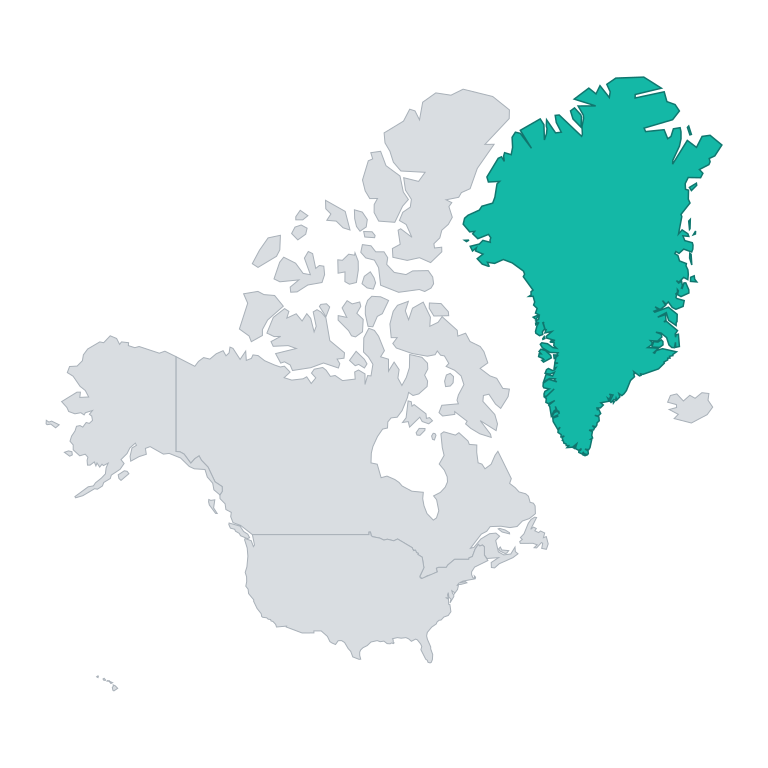 map of Greenland with Canada, United States of America and Iceland greyed out
{"feature_id": "GRL", "entity_name": "Greenland", "entity_type": "country or territory", "adm_level": 0, "iso_a3": "GRL", "parent_name": "North America", "parent_adm1": "", "projection": "mercator", "projection_center": [-41.68, 71.708], "detail": "fine", "context": "with_neighbors", "style": "filled", "palette": "teal", "viewbox_px": 768, "rotation_deg": 0, "n_neighbors": 3, "source": "natural_earth", "source_scale": "50m", "svg_char_len": 18317}
<svg xmlns="http://www.w3.org/2000/svg" viewBox="0 0 768 768"><path d="M252.4,534.6L240.6,525.4L233.0,522.6L230.7,516.6L231.3,512.4L225.9,509.5L225.1,503.8L220.0,498.6L219.9,494.9L222.3,491.3L222.2,486.6L215.0,481.8L208.1,467.2L201.4,460.2L199.1,455.9L194.9,458.6L190.8,463.2L184.1,454.1L180.0,451.8L175.9,451.5L175.9,356.6L194.8,366.3L198.5,361.4L203.6,357.6L209.9,359.1L216.2,353.8L223.1,350.7L226.0,355.8L229.1,352.9L230.0,347.1L233.0,348.4L240.1,359.4L245.7,351.1L246.3,360.4L251.4,358.4L253.0,354.9L258.1,355.6L264.6,360.7L274.5,365.0L280.3,367.0L284.4,366.2L290.1,372.1L284.1,377.7L291.8,380.1L303.1,378.8L306.7,376.8L311.2,383.5L315.8,377.9L311.5,373.1L314.2,369.2L322.7,367.5L326.1,370.2L330.4,376.4L335.1,375.5L342.5,380.6L355.2,379.1L354.7,372.0L358.5,370.0L365.0,373.9L365.0,384.5L367.6,375.6L371.0,375.9L372.9,364.3L368.4,356.9L363.5,352.0L363.8,337.9L368.8,328.3L374.4,330.4L378.6,336.3L384.4,350.7L380.6,356.8L388.5,359.2L388.5,371.2L394.1,362.1L399.1,369.6L397.9,378.1L401.9,385.5L406.3,377.5L409.4,367.7L409.7,354.5L421.9,357.3L427.5,363.2L427.8,369.0L424.6,375.1L427.6,381.1L427.1,386.5L418.8,393.9L413.0,395.5L408.6,392.4L407.4,397.6L402.1,410.6L397.2,417.2L391.1,417.9L387.8,421.9L387.5,428.0L382.6,429.1L377.5,436.5L372.9,446.5L371.3,453.2L371.0,462.9L377.2,464.2L381.1,477.7L387.0,476.1L394.8,479.5L399.0,482.4L402.1,486.0L411.8,491.2L423.3,492.3L422.7,498.7L424.0,505.8L427.0,513.6L433.3,520.1L436.5,517.9L438.8,510.8L436.6,499.7L433.6,495.9L440.4,492.4L445.2,487.2L447.5,481.9L447.2,476.8L444.3,470.1L439.2,464.0L444.1,455.4L442.3,447.7L440.9,433.9L443.8,431.8L455.4,435.1L458.9,432.7L468.0,441.0L469.3,444.4L476.8,445.0L476.7,452.3L478.1,462.8L481.9,464.1L485.0,468.8L491.1,464.3L495.1,455.2L497.9,451.3L511.3,478.6L509.6,483.4L515.2,487.7L519.0,491.9L525.7,493.8L528.4,496.2L530.1,502.3L533.4,503.2L535.1,505.9L535.4,513.7L529.3,518.6L522.4,521.0L517.1,526.5L509.9,527.6L500.9,526.2L490.2,526.6L486.7,531.3L481.3,534.1L470.4,548.3L474.0,547.3L480.8,539.0L489.6,533.7L495.9,533.1L499.6,536.2L495.7,540.5L498.4,551.9L503.8,554.9L510.8,554.0L515.0,547.1L515.3,551.6L518.0,553.8L512.8,557.7L499.3,563.7L494.6,567.9L491.4,567.5L491.2,562.5L498.6,557.6L487.1,558.5L484.4,555.1L484.4,546.8L482.5,545.0L479.7,546.0L478.3,544.4L475.1,549.1L472.3,556.6L469.1,557.8L468.7,559.3L454.6,559.3L447.7,565.1L446.3,567.4L438.3,567.4L436.4,568.3L437.4,571.8L431.9,574.7L427.5,575.6L422.6,578.6L419.7,576.9L423.9,567.7L422.2,557.2L417.8,554.4L418.3,553.3L416.5,552.6L415.5,550.2L413.5,550.6L413.8,550.0L412.8,549.4L412.4,547.8L397.6,539.0L393.8,540.8L387.3,539.2L383.9,540.1L379.8,538.1L372.5,536.7L371.2,535.6L370.5,532.1L369.0,532.1L369.0,534.6L252.4,534.6ZM416.1,432.7L419.2,428.4L425.0,428.5L424.9,430.3L420.0,435.3L417.0,435.1L416.1,432.7ZM433.9,316.0L429.2,308.3L429.4,303.0L441.1,303.6L448.3,311.7L448.7,315.7L433.9,316.0ZM431.6,436.0L433.2,433.3L434.9,433.5L436.0,435.3L434.4,440.0L432.5,439.3L431.6,436.0ZM375.6,282.9L373.3,289.1L367.1,287.9L362.0,283.7L364.3,276.3L370.3,271.8L374.0,277.7L375.6,282.9ZM374.6,237.7L364.8,237.0L363.7,231.5L372.1,231.8L375.1,235.5L374.6,237.7ZM362.3,212.1L367.3,219.5L366.2,227.0L360.0,231.2L356.5,226.5L354.7,218.7L354.4,209.8L362.3,212.1ZM398.6,292.3L380.6,285.2L378.6,267.7L374.4,260.1L365.7,257.9L360.8,252.3L362.4,244.6L371.0,245.8L375.7,251.8L384.0,251.8L387.7,257.7L386.7,264.4L394.2,272.4L406.0,274.6L412.7,270.9L428.2,270.6L432.7,277.0L433.6,283.8L431.0,288.1L424.7,291.5L419.3,289.5L398.6,292.3ZM301.2,225.0L307.1,228.2L305.7,234.2L297.8,239.9L291.6,233.5L295.0,227.1L301.2,225.0ZM300.2,210.3L307.9,215.7L302.8,219.8L295.8,219.8L295.8,216.7L300.2,210.3ZM536.6,517.5L530.7,529.3L533.5,527.1L536.3,528.5L534.8,530.8L538.6,532.6L540.5,531.0L544.7,533.0L543.4,537.7L546.3,536.6L548.2,543.9L546.4,549.3L541.7,548.4L542.7,543.3L541.5,542.5L536.6,547.9L534.1,547.7L537.1,544.8L533.0,543.3L520.3,543.4L519.7,541.6L522.3,539.4L520.4,537.6L524.0,533.8L528.3,523.3L531.0,519.5L534.6,517.2L536.6,517.5ZM414.1,404.6L426.0,413.8L426.4,418.4L429.5,417.6L432.5,420.8L428.7,423.8L422.2,421.5L419.8,417.2L409.6,427.1L408.2,421.6L402.5,422.5L406.1,417.8L408.1,400.9L411.2,401.7L412.0,406.2L414.1,404.6ZM438.1,322.3L442.1,316.7L457.2,330.3L457.8,336.1L465.6,333.2L470.0,341.5L480.2,346.5L483.9,351.6L487.8,362.9L480.1,368.4L490.0,375.9L496.7,378.3L502.8,388.4L509.4,389.1L508.1,396.6L500.7,408.4L495.5,404.1L488.9,394.2L483.4,395.5L482.9,401.4L494.8,414.5L497.5,423.9L496.1,430.6L480.2,420.6L490.5,434.2L491.2,437.4L479.8,433.8L470.8,428.4L465.6,423.9L467.1,421.2L454.7,411.6L454.8,414.4L442.6,416.0L439.0,412.6L441.8,405.3L458.4,403.8L457.0,400.2L458.4,395.0L463.9,384.6L461.1,375.9L454.7,370.3L446.1,366.4L448.8,363.4L444.4,355.9L440.6,355.2L437.3,351.0L435.1,354.7L427.4,356.2L412.1,353.5L396.3,348.0L392.8,343.5L397.2,337.6L391.2,337.6L389.9,324.0L393.2,311.3L397.5,305.3L408.4,301.3L405.3,310.9L408.6,319.8L412.5,308.2L423.2,302.1L430.4,317.2L429.8,326.3L438.1,322.3ZM371.8,296.3L380.6,296.8L388.6,300.5L382.3,313.7L377.3,316.4L372.8,326.8L368.0,326.3L365.3,314.0L365.4,306.8L367.6,300.4L371.8,296.3ZM252.3,263.7L259.5,250.2L268.1,237.9L280.4,235.3L279.8,249.9L276.5,256.3L258.0,267.4L252.3,263.7ZM210.8,500.4L214.8,499.8L213.6,507.9L217.2,513.5L215.6,513.4L209.3,504.9L208.6,501.8L208.8,499.5L210.8,500.4ZM325.5,200.3L345.2,211.4L350.0,230.0L343.1,227.8L336.2,221.1L326.8,220.3L330.9,214.0L325.8,208.8L325.5,200.3ZM249.6,537.7L247.4,538.6L240.5,535.7L239.3,533.4L235.5,531.2L234.7,529.3L230.4,528.1L228.8,524.5L229.1,523.0L240.1,526.2L243.6,531.5L247.8,534.2L249.6,537.7ZM257.9,291.4L263.9,294.6L274.6,295.5L283.3,306.2L267.6,320.0L262.4,329.6L262.4,335.5L251.3,341.7L249.1,336.0L239.4,329.0L247.7,303.2L243.6,293.8L257.9,291.4ZM315.7,268.4L319.4,265.5L323.8,266.2L324.6,274.6L322.0,282.5L307.8,285.0L297.1,291.9L290.7,292.2L290.2,287.1L298.9,279.9L279.9,281.8L274.0,278.9L279.7,262.2L283.7,257.2L295.6,263.2L303.1,273.4L310.4,274.7L304.4,258.1L308.3,251.5L312.6,253.6L315.7,268.4ZM321.1,312.1L325.9,317.8L329.8,340.6L344.5,352.8L344.0,358.2L337.1,359.1L339.8,363.7L338.4,368.0L323.5,363.0L310.7,367.7L292.5,370.5L290.2,365.0L284.5,361.8L280.7,363.1L275.6,353.6L296.3,348.5L288.2,345.6L273.2,346.3L271.0,341.6L280.7,336.4L274.2,336.6L266.9,333.1L273.3,317.4L284.6,308.6L288.9,311.4L286.8,318.1L296.2,313.8L302.1,321.0L306.8,313.7L310.7,318.4L314.1,331.9L316.2,326.3L313.2,311.9L317.0,309.7L321.1,312.1ZM346.8,317.4L342.1,307.9L347.1,300.7L352.2,303.9L359.7,302.0L360.8,306.3L356.8,313.3L363.2,319.4L362.5,331.8L355.5,336.9L351.5,335.8L348.6,330.7L338.1,320.1L338.2,315.6L346.8,317.4ZM320.8,304.4L326.5,303.8L329.7,307.0L326.0,316.6L319.4,306.4L320.8,304.4ZM355.0,252.8L358.2,261.2L358.3,270.1L356.4,282.5L349.4,284.2L344.9,281.6L345.0,271.9L338.1,273.2L337.8,259.8L342.4,260.3L348.7,254.2L354.6,255.2L355.0,252.8ZM362.5,180.0L368.3,160.8L372.7,158.9L370.8,152.7L380.6,151.3L386.0,165.7L400.0,176.0L403.3,192.0L408.4,199.5L402.6,206.1L394.8,222.3L378.7,221.1L374.1,212.5L374.2,204.5L377.5,198.5L369.8,198.6L365.2,190.9L362.5,180.0ZM384.1,132.9L403.5,121.1L409.7,109.2L415.0,110.9L419.5,119.9L422.7,102.2L435.8,92.9L451.0,95.2L463.1,89.2L492.7,96.5L509.4,109.9L509.2,118.6L484.9,144.4L494.1,144.3L477.3,168.4L470.1,188.7L461.4,192.6L458.7,197.3L446.0,199.8L451.8,202.6L448.9,206.6L452.3,217.3L448.3,224.4L441.8,230.2L439.8,237.9L433.9,243.7L434.5,248.0L441.7,247.2L441.8,251.8L430.6,262.6L419.5,257.7L407.2,260.4L392.9,257.3L392.4,248.5L400.2,244.3L398.1,230.2L400.7,228.8L411.9,237.3L406.2,224.5L399.4,220.5L402.8,212.3L410.3,207.1L411.4,199.3L405.5,190.2L403.7,177.7L418.6,181.4L425.1,172.3L400.9,171.0L393.4,162.2L389.9,151.2L385.0,142.9L384.1,132.9ZM453.1,382.8L450.3,386.0L445.6,386.6L444.6,381.2L446.4,375.0L450.2,373.4L453.5,376.5L453.1,382.8ZM364.4,359.3L367.0,363.9L364.4,368.0L358.7,364.4L355.2,365.7L349.5,360.4L356.1,351.3L364.4,359.3ZM498.2,528.9L499.6,528.4L505.2,530.0L509.5,532.7L509.6,533.9L502.1,532.0L498.2,528.9ZM500.3,547.0L501.8,550.0L508.7,550.6L506.7,553.1L505.1,553.5L499.7,550.9L498.7,548.9L500.3,547.0Z" fill="#d9dde1" stroke="#a8b0b8" stroke-width="1"/><path d="M252.4,534.6L369.0,534.6L369.0,532.1L370.5,532.1L371.2,535.6L372.5,536.7L379.8,538.1L383.9,540.1L387.3,539.2L393.8,540.8L397.6,539.0L412.4,547.8L412.8,549.4L413.8,550.0L413.5,550.6L415.5,550.2L416.5,552.6L418.3,553.3L417.8,554.4L422.2,557.2L423.9,567.7L419.8,576.3L420.2,577.7L421.6,578.6L437.4,571.8L436.4,568.3L438.3,567.4L446.3,567.4L447.7,565.1L454.6,559.3L468.7,559.3L469.1,557.8L472.3,556.6L475.1,549.1L478.3,544.4L479.7,546.0L482.5,545.0L484.4,546.8L484.4,555.1L487.9,560.5L474.6,567.1L471.6,571.8L471.6,574.8L473.0,577.9L474.7,578.0L474.3,575.9L475.6,577.2L475.2,578.8L462.9,581.1L459.4,582.8L465.6,581.7L466.9,582.8L461.0,584.4L458.3,584.5L458.4,583.8L457.1,585.3L458.4,585.6L457.5,589.5L454.4,593.7L454.1,592.3L451.8,590.7L452.6,593.6L453.7,594.6L453.8,596.6L450.0,602.9L451.0,599.1L448.8,597.1L448.3,592.6L447.5,594.9L448.4,598.3L445.6,597.5L448.5,599.2L448.7,604.3L449.9,604.6L450.9,611.7L448.2,615.5L443.9,617.0L441.1,620.0L439.0,620.3L436.9,622.2L436.3,623.9L431.7,627.1L427.3,632.4L426.6,635.9L427.4,639.3L430.7,646.9L430.7,648.9L432.7,654.5L432.4,659.5L431.3,662.3L430.1,662.9L428.0,662.3L427.3,660.3L425.7,659.2L420.9,649.7L421.8,646.5L420.6,643.9L417.3,639.8L415.6,639.1L411.4,641.3L408.6,638.8L405.9,637.6L401.2,638.2L397.4,637.6L392.5,638.7L393.2,640.0L393.2,642.0L394.1,642.9L393.3,643.6L391.7,642.9L390.1,643.8L387.1,643.6L383.9,641.1L380.2,641.7L377.2,640.6L371.0,642.0L367.2,645.6L363.0,647.7L360.7,649.9L359.7,652.1L359.7,655.4L360.7,659.2L359.0,659.3L352.8,656.9L350.7,651.3L348.2,648.6L344.6,642.5L341.6,640.6L338.2,640.7L335.5,644.5L332.0,643.0L329.9,641.6L327.4,636.4L321.2,630.9L313.9,630.9L313.9,632.9L302.2,633.0L286.2,627.0L286.6,626.1L276.5,627.0L275.7,624.4L273.0,621.5L271.0,620.9L270.6,619.5L268.2,619.2L266.7,617.8L262.8,617.3L261.7,616.5L261.2,613.7L257.1,608.5L253.6,601.2L253.8,599.9L248.6,593.6L248.1,589.2L245.8,586.2L246.7,581.6L246.6,576.8L245.2,572.4L246.9,566.9L247.9,556.2L247.2,548.0L244.6,539.8L245.1,538.5L251.2,540.7L253.4,546.6L254.5,545.0L252.4,534.6ZM175.9,356.6L175.9,451.5L180.0,451.8L184.1,454.1L190.8,463.2L194.9,458.6L199.1,455.9L201.4,460.2L208.1,467.2L215.0,481.8L222.2,486.6L222.3,491.3L219.9,494.9L213.9,489.8L212.7,483.2L207.3,477.0L205.0,469.5L194.3,468.8L189.3,466.5L180.6,458.0L169.2,453.4L163.4,454.1L150.1,446.6L145.4,448.4L146.3,454.3L139.1,456.6L130.7,461.2L130.1,456.3L132.0,448.0L136.5,445.3L135.3,443.1L129.9,447.9L127.0,453.6L121.0,459.6L124.1,463.5L120.1,469.3L111.3,475.1L110.3,478.5L103.7,482.5L102.4,486.0L97.4,489.2L94.6,488.7L82.8,495.7L75.6,497.8L74.9,496.6L88.2,486.8L93.4,485.9L95.5,482.8L101.3,478.2L105.4,473.9L106.1,467.9L108.2,463.1L103.4,465.6L102.0,464.2L99.7,467.1L97.0,463.0L95.9,465.9L94.3,461.9L90.1,465.1L87.5,465.1L87.1,460.3L87.9,457.2L85.2,454.2L79.7,455.8L73.2,449.8L73.2,444.9L70.0,441.2L71.6,436.1L75.0,431.0L76.5,426.3L80.0,425.6L82.8,427.1L86.2,422.5L89.3,423.4L92.5,420.4L91.7,416.0L89.4,414.3L92.5,410.5L85.4,412.7L84.1,414.9L80.8,412.7L74.9,413.8L68.7,411.5L66.9,407.5L61.6,401.6L76.9,392.2L80.4,392.2L79.8,397.4L88.7,397.0L85.3,390.5L80.1,386.4L73.1,376.2L67.3,372.6L69.6,366.5L77.1,366.1L82.4,360.7L83.4,354.8L87.7,349.0L99.8,341.9L103.7,342.7L110.2,335.8L116.6,338.5L119.6,344.4L121.5,341.9L128.6,342.7L128.3,345.6L134.8,347.7L139.1,346.5L159.3,353.2L164.9,351.2L175.9,356.6ZM46.3,420.3L48.9,422.1L51.6,421.1L59.2,424.8L55.6,427.8L50.8,424.1L47.1,424.7L46.1,423.8L46.3,420.3ZM115.1,685.7L117.7,688.3L113.9,690.9L112.9,690.3L112.3,687.4L113.3,686.2L113.2,684.9L115.1,685.7ZM112.6,682.7L110.9,683.5L109.6,681.9L110.0,681.5L112.6,682.7ZM109.4,680.8L109.3,681.3L107.0,681.1L107.4,680.6L109.4,680.8ZM104.1,678.3L105.7,680.1L105.4,680.4L103.7,680.2L103.0,679.0L104.1,678.3ZM98.4,676.1L98.0,677.6L96.6,676.8L97.5,676.0L98.4,676.1ZM68.5,450.9L71.9,451.7L72.3,454.9L69.7,456.2L64.4,452.3L68.5,450.9ZM124.3,470.8L127.1,471.3L128.9,473.7L121.0,480.4L118.9,478.4L118.2,474.8L124.3,470.8Z" fill="#d9dde1" stroke="#a8b0b8" stroke-width="1"/><path d="M708.9,393.5L708.0,400.2L712.7,407.1L707.2,414.6L691.4,423.0L674.1,418.6L678.3,414.3L669.1,409.5L676.6,407.5L676.4,404.6L667.6,402.2L670.4,395.5L676.8,393.9L683.4,401.0L689.8,395.3L695.1,398.3L701.9,392.7L708.9,393.5Z" fill="#d9dde1" stroke="#a8b0b8" stroke-width="1"/><path d="M643.8,77.1L661.4,88.2L635.2,94.5L635.1,98.0L664.2,91.8L666.9,101.6L675.1,104.6L679.4,111.0L672.6,119.7L644.1,128.1L645.6,131.6L664.1,129.7L667.7,138.7L671.0,136.5L673.4,128.8L680.1,127.7L681.0,131.8L681.0,138.8L679.4,146.2L672.8,160.3L672.6,164.2L687.3,140.4L696.5,147.4L702.1,136.4L710.1,135.3L721.9,145.0L714.8,155.9L709.2,158.5L710.1,161.8L708.9,164.6L699.4,169.5L702.9,173.3L700.6,177.7L688.2,177.5L685.2,183.6L685.5,189.3L688.5,190.2L688.3,199.2L690.0,203.0L681.0,214.4L681.8,216.6L678.5,234.0L682.1,229.9L687.9,233.8L688.8,236.4L682.9,235.8L684.8,240.6L692.3,242.7L693.0,245.1L692.8,249.1L691.7,252.0L683.7,249.1L679.0,253.4L675.9,251.5L674.8,253.6L677.9,255.5L679.5,260.9L686.4,263.6L686.0,265.8L687.9,269.9L688.3,274.4L687.8,279.6L683.7,277.4L678.8,282.2L676.4,280.6L678.6,283.1L681.6,281.3L682.4,285.7L681.4,288.1L682.2,288.4L684.0,282.9L685.8,282.9L688.8,289.8L688.9,293.0L681.0,296.6L677.5,294.6L678.4,290.8L677.4,289.5L677.5,292.3L675.9,293.9L676.5,295.2L675.9,297.4L676.8,298.5L684.2,300.6L683.1,306.4L675.9,309.3L672.2,307.4L668.3,301.9L666.1,304.3L662.5,300.6L665.6,305.3L660.2,309.5L655.1,306.8L658.2,309.6L653.9,311.2L654.8,312.2L668.4,307.2L677.2,314.3L677.0,321.7L676.2,322.4L676.1,325.5L668.6,320.3L666.3,312.6L657.7,317.2L665.5,314.6L666.0,320.2L663.9,321.8L666.5,321.4L677.5,330.6L675.2,333.9L675.3,335.5L675.6,337.2L676.1,334.8L678.4,334.2L679.4,346.5L675.7,347.3L675.5,342.3L674.4,347.7L671.8,347.5L669.0,345.0L666.6,337.6L661.0,333.0L655.9,332.2L661.2,334.2L661.9,337.0L657.5,341.1L650.4,340.6L652.2,342.5L651.5,344.9L647.6,347.6L658.4,348.2L653.6,352.7L654.7,353.2L656.2,350.6L662.5,348.7L676.5,351.8L672.8,354.5L672.9,355.6L669.5,356.3L670.0,358.1L667.7,358.2L667.7,359.9L663.9,362.1L664.3,363.2L658.5,368.9L642.8,374.4L640.6,373.8L641.1,375.3L639.5,375.9L633.8,371.7L634.5,373.7L633.7,374.2L634.5,376.7L630.5,380.5L626.4,390.6L624.1,393.7L621.8,395.6L618.9,393.6L619.9,396.8L616.8,400.0L616.1,398.1L615.6,400.4L613.9,399.5L611.0,402.4L609.9,401.2L613.0,395.0L609.3,394.2L611.0,395.5L609.3,399.2L607.7,398.1L609.1,401.2L600.8,402.8L603.3,405.0L600.4,407.9L596.9,408.0L597.4,409.7L598.7,409.2L600.7,413.5L598.2,416.0L594.8,415.3L598.9,416.9L599.2,420.8L597.1,422.8L596.8,425.1L595.6,427.0L592.3,425.7L594.6,427.9L593.5,430.0L589.1,430.2L592.4,431.6L591.7,435.4L592.6,438.0L590.6,439.3L591.7,439.6L590.0,447.6L588.7,449.7L585.0,449.1L588.0,450.8L588.3,453.6L587.5,454.7L584.8,453.9L586.1,455.3L585.0,455.7L582.9,454.8L583.7,451.8L582.1,454.0L578.8,452.4L578.9,451.0L580.5,450.3L581.4,448.5L578.8,450.4L576.0,448.9L575.6,447.5L576.8,443.7L572.5,447.2L567.0,447.6L568.7,445.6L566.2,445.5L566.0,443.9L563.9,443.2L563.4,441.0L562.3,440.4L562.8,439.6L562.0,437.7L564.3,436.0L560.9,436.8L561.2,434.6L558.0,432.5L558.1,430.2L560.2,427.2L557.7,429.3L553.2,421.6L552.8,418.1L558.3,416.1L557.3,416.2L557.5,415.1L552.9,417.2L552.2,416.2L554.2,412.7L556.5,411.6L557.9,411.5L559.3,413.8L558.8,411.3L557.2,410.7L555.3,406.4L556.3,410.4L554.2,412.1L554.6,410.5L554.1,410.8L551.3,416.1L549.8,406.8L548.7,405.1L554.8,400.5L548.6,403.7L545.9,402.4L546.3,398.5L545.1,397.7L554.2,388.9L546.6,396.1L544.1,396.6L544.0,393.9L544.9,391.4L549.3,388.9L543.8,387.8L543.0,386.2L543.3,383.1L548.8,379.3L556.8,381.9L554.4,380.1L555.3,378.8L549.5,378.5L543.6,381.7L546.1,374.3L552.6,376.0L554.4,372.3L550.1,374.1L545.1,373.3L546.5,369.7L548.4,368.5L552.5,370.5L554.6,369.8L556.0,367.6L554.1,368.2L554.8,363.6L558.1,363.1L554.8,362.7L556.0,357.2L557.9,355.6L557.2,353.9L558.0,352.8L549.9,352.4L542.4,347.8L540.3,344.3L541.8,342.8L547.5,343.7L552.9,347.6L556.5,348.2L553.8,345.7L554.1,342.4L551.9,340.3L555.1,340.5L546.7,338.1L546.2,336.4L551.9,331.5L544.9,332.9L546.1,329.8L545.3,330.0L543.3,323.2L544.0,322.2L542.8,322.8L544.8,328.6L542.4,331.8L542.7,334.5L539.6,335.7L535.8,333.2L535.5,331.4L537.0,325.7L539.0,322.3L535.8,324.7L535.6,323.1L537.0,322.3L535.7,320.9L538.6,319.3L539.4,315.0L535.5,313.1L537.1,308.4L533.6,305.0L534.7,302.0L533.1,296.3L528.9,296.4L531.1,294.9L531.0,291.7L533.0,290.1L523.3,276.7L524.6,274.2L523.5,271.1L512.2,262.9L503.3,259.5L494.6,263.4L487.4,262.3L489.1,266.1L488.4,266.3L482.2,264.1L477.2,258.7L483.0,254.1L475.5,250.9L476.4,247.8L472.5,251.0L470.2,246.3L479.4,244.0L482.9,240.4L490.3,242.3L490.0,240.2L490.8,237.8L488.5,234.4L477.8,238.7L472.7,233.8L474.6,231.4L469.7,231.9L463.2,224.2L464.6,218.2L468.1,215.2L479.3,210.1L481.9,206.2L492.7,203.1L494.9,197.2L497.0,183.9L499.6,181.4L488.4,182.0L486.9,177.0L498.2,158.3L501.5,156.8L504.3,161.4L503.6,156.1L504.6,152.7L511.2,154.7L512.6,147.4L512.1,137.3L515.4,132.2L520.2,133.3L531.5,148.3L520.3,130.3L540.2,118.9L543.9,124.7L544.4,140.0L546.5,133.6L547.0,128.6L546.3,126.1L546.6,119.8L555.6,132.9L561.3,132.2L556.3,122.5L555.2,115.4L559.2,115.0L581.6,136.3L582.4,134.3L582.0,126.6L583.6,118.4L583.3,115.0L578.1,106.0L595.7,105.9L574.2,99.1L588.8,88.1L596.0,93.9L600.0,85.7L609.3,97.5L610.2,91.8L606.8,84.3L615.8,78.1L643.8,77.1ZM545.5,350.6L550.7,355.5L551.3,357.9L543.5,362.1L541.7,360.3L543.9,359.6L543.2,358.7L538.6,356.6L539.2,353.7L541.1,353.8L539.0,351.5L540.9,349.2L545.5,350.6ZM662.9,341.5L663.0,344.9L659.6,347.4L651.9,347.0L653.7,341.6L657.9,342.1L661.3,339.9L662.9,341.5ZM581.0,127.2L573.0,119.0L570.5,110.9L574.5,107.9L580.8,114.8L581.5,117.3L581.0,127.2ZM696.7,185.3L691.4,190.6L689.4,187.4L696.4,183.2L696.7,185.3ZM694.2,275.8L694.7,279.2L696.8,281.9L690.5,281.4L690.6,277.3L694.2,275.8ZM691.8,265.0L689.6,258.1L689.8,253.3L691.1,254.3L691.8,265.0ZM538.2,316.2L535.9,319.4L533.2,317.2L537.4,315.4L538.2,316.2ZM691.4,134.4L689.9,134.9L687.4,127.4L688.7,126.0L691.4,134.4ZM555.1,358.6L554.2,358.6L553.7,354.9L556.5,355.0L555.1,358.6ZM690.0,228.7L689.5,229.4L688.7,221.1L690.3,219.4L690.0,228.7ZM469.0,240.1L466.5,241.6L464.6,240.3L469.0,240.1ZM544.9,338.5L542.9,339.4L542.7,338.8L544.2,336.6L544.9,338.5ZM695.4,234.0L693.3,234.8L695.6,231.0L695.4,234.0ZM575.3,446.1L574.6,448.5L572.9,447.5L575.3,446.1ZM552.3,342.3L550.4,342.1L550.3,341.7L551.1,340.8L552.3,342.3ZM614.3,401.7L613.4,403.0L613.2,401.4L614.3,401.7Z" fill="#14b8a6" stroke="#0f766e" stroke-width="1.5"/></svg>